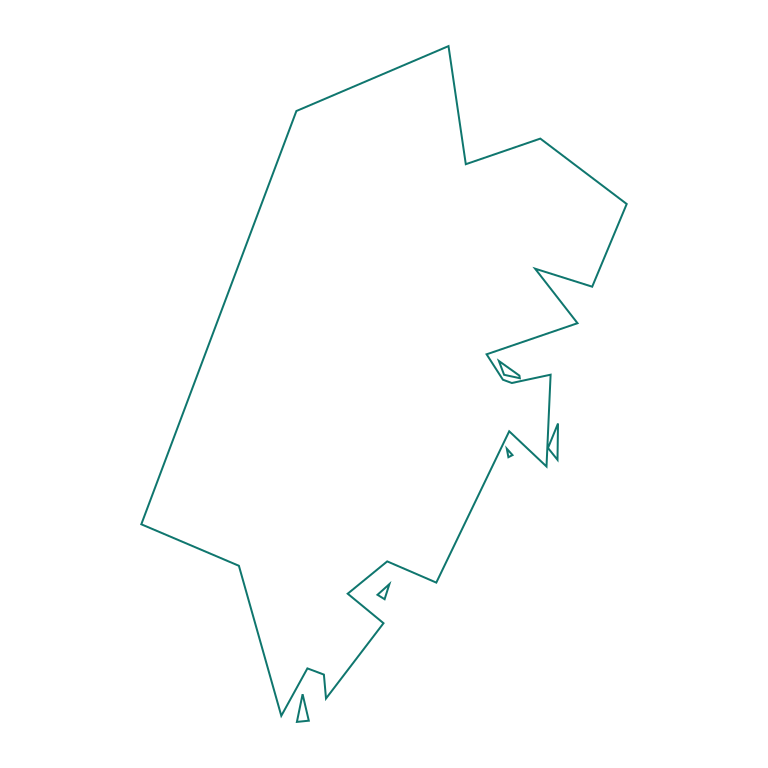 the border of Fujian
{"feature_id": "CHN-1178", "entity_name": "Fujian", "entity_type": "Province", "adm_level": 1, "iso_a3": "CHN", "parent_name": "China", "parent_adm1": "", "projection": "equal_earth", "projection_center": [118.681, 25.949], "detail": "coarse", "context": "isolated", "style": "outline", "palette": "teal", "viewbox_px": 768, "rotation_deg": 0, "n_neighbors": 0, "source": "natural_earth", "source_scale": "10m", "svg_char_len": 683}
<svg xmlns="http://www.w3.org/2000/svg" viewBox="0 0 768 768"><path d="M626.7,204.0L592.2,286.7L535.1,268.7L577.5,323.2L486.6,354.3L502.9,379.7L511.8,383.0L550.6,374.7L546.5,466.5L509.2,431.3L436.3,582.6L387.2,561.4L347.7,593.7L383.5,623.2L326.0,698.5L323.9,674.6L307.4,668.4L281.3,715.8L238.9,565.8L141.3,524.3L296.4,111.0L448.5,46.1L465.8,164.2L540.3,138.6L626.7,204.0ZM558.0,423.5L557.5,459.8L548.0,448.0L558.0,423.5ZM302.6,694.2L308.8,720.7L296.9,721.9L302.6,694.2ZM377.5,594.8L389.4,584.1L384.6,599.2L377.5,594.8ZM498.9,361.0L519.4,375.6L519.8,378.2L504.1,374.8L498.9,361.0ZM506.8,448.7L512.5,455.1L508.4,457.2L506.8,448.7Z" fill="none" stroke="#0f766e" stroke-width="2"/></svg>